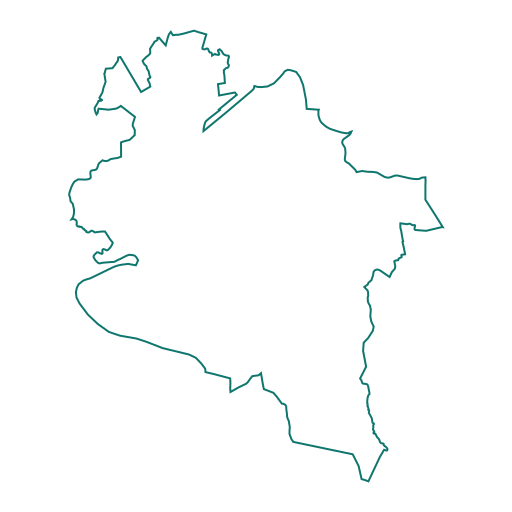 Hue, Thừa Thiên - Huế, Vietnam
{"feature_id": "81297802B88130440660417", "entity_name": "Hue", "entity_type": "district", "adm_level": 2, "iso_a3": "VNM", "parent_name": "Vietnam", "parent_adm1": "Thừa Thiên - Huế", "projection": "natural_earth1", "projection_center": [107.578, 16.453], "detail": "fine", "context": "isolated", "style": "outline", "palette": "teal", "viewbox_px": 512, "rotation_deg": 0, "n_neighbors": 0, "source": "geoboundaries", "source_scale": "gbopen_adm2", "svg_char_len": 5920}
<svg xmlns="http://www.w3.org/2000/svg" viewBox="0 0 512 512"><path d="M254.4,86.0L253.9,88.1L253.3,89.3L251.1,91.4L225.9,112.7L203.5,131.1L203.6,128.8L204.4,124.9L205.6,121.5L209.4,118.2L219.8,110.1L218.9,109.5L236.8,94.8L234.9,92.5L219.1,95.5L218.0,84.1L224.9,83.0L224.4,75.5L223.8,72.1L224.0,70.8L223.8,70.2L225.9,68.2L228.0,67.5L228.9,65.8L228.9,65.2L228.0,63.8L227.7,62.5L228.3,59.1L228.9,57.2L228.9,56.4L228.5,55.7L226.1,55.4L224.5,54.8L223.4,54.0L221.3,50.7L220.2,50.0L219.7,49.3L218.1,50.1L218.0,50.9L219.1,53.4L219.2,54.3L218.6,54.9L215.7,54.5L214.9,53.9L212.1,55.6L212.0,54.4L211.5,52.8L210.8,52.5L209.7,52.4L209.0,51.3L208.1,49.1L207.6,48.6L206.3,48.6L205.7,49.1L204.3,49.4L202.5,48.9L202.4,47.7L206.3,34.4L198.3,32.1L194.0,30.7L183.6,33.6L178.2,34.8L175.8,34.8L172.9,35.2L170.8,31.9L168.9,34.4L167.7,37.9L165.7,45.4L159.0,37.7L158.5,37.9L157.6,37.8L157.3,38.2L157.6,39.6L156.9,40.4L155.4,41.3L154.4,41.7L153.9,42.9L150.8,47.5L150.0,49.0L150.2,50.2L150.2,53.5L148.4,55.4L146.3,56.9L142.6,60.7L142.9,61.7L144.4,64.4L145.7,65.5L146.5,66.4L146.9,68.5L148.6,71.2L149.5,75.3L150.4,77.2L150.1,77.7L147.9,79.1L147.9,80.0L149.5,83.1L150.3,86.6L141.1,92.0L120.4,57.0L118.2,57.5L118.1,59.2L117.6,61.4L116.0,63.3L115.2,64.8L112.4,68.2L105.9,68.7L105.0,71.7L104.9,72.8L104.3,73.5L105.6,81.7L105.2,83.1L103.5,87.7L102.4,92.5L99.4,97.8L99.9,98.9L101.8,99.6L101.9,100.2L101.0,100.8L98.5,100.9L97.6,103.1L94.7,107.8L94.7,109.3L95.6,112.5L96.5,114.4L97.6,113.1L98.2,110.1L98.6,108.7L108.5,109.7L110.1,109.5L116.2,108.6L119.4,107.0L120.8,105.9L135.0,116.9L132.8,123.8L132.7,125.9L134.8,130.0L134.7,135.1L129.6,139.9L124.0,141.3L121.0,142.4L121.1,156.7L117.7,157.9L110.8,159.0L108.2,160.6L106.6,161.0L104.0,160.9L102.5,160.3L99.2,163.1L98.3,164.6L97.7,166.7L96.9,168.7L96.1,169.5L94.6,170.0L92.5,170.3L91.1,170.8L90.5,171.7L90.3,173.0L90.8,177.2L90.3,178.3L89.2,178.9L87.8,179.3L85.3,179.6L78.1,179.4L74.6,181.5L73.0,183.7L71.4,187.0L69.4,192.8L69.2,195.4L70.0,197.3L70.6,201.3L72.8,203.9L74.0,209.4L74.0,213.1L73.2,216.8L71.5,219.4L73.0,219.0L73.7,219.1L75.5,219.8L76.4,220.9L76.8,222.3L76.6,225.0L77.3,226.1L78.3,226.6L79.0,226.3L80.0,227.0L80.9,226.7L82.0,227.3L83.0,228.7L83.9,228.9L84.6,229.8L84.7,230.2L86.3,231.0L86.4,232.0L87.6,232.4L89.0,232.4L91.0,230.9L91.9,230.7L92.9,231.1L93.4,231.6L94.3,231.9L94.8,232.4L100.7,231.6L105.0,231.5L109.9,239.1L112.8,242.7L112.0,244.8L110.2,247.6L108.2,249.7L107.3,250.3L106.2,250.2L104.8,249.4L103.3,249.1L102.5,249.7L102.3,251.2L102.6,253.1L101.8,253.9L99.8,253.2L98.3,252.3L97.1,252.3L95.9,253.3L93.9,255.4L93.5,256.9L93.9,257.8L95.5,260.4L98.3,263.1L99.7,263.4L102.9,262.7L114.4,261.8L118.0,259.9L120.2,259.0L125.9,256.0L128.4,255.0L129.4,254.8L133.1,255.2L134.5,255.6L135.2,256.1L136.5,257.5L138.1,260.3L135.9,265.3L128.1,263.9L121.7,264.7L117.8,265.5L114.0,266.8L90.1,278.4L86.2,279.5L83.1,280.7L78.7,284.2L76.9,287.7L75.9,292.1L76.5,297.5L79.5,303.4L87.9,314.6L97.8,324.0L109.0,332.0L120.1,335.7L136.3,338.5L146.4,341.8L162.6,348.1L188.9,354.5L195.7,357.7L201.2,363.4L205.2,368.7L205.5,372.1L213.6,374.0L230.2,378.4L230.4,382.9L230.2,388.6L230.5,392.0L238.2,387.6L246.2,383.7L247.8,382.2L250.4,378.5L252.4,376.1L258.6,375.3L261.0,373.2L263.1,385.7L263.9,389.1L273.4,392.8L276.8,396.7L281.8,403.6L282.8,403.7L284.6,404.3L285.2,404.8L285.9,405.7L286.2,406.5L286.4,410.3L286.8,412.4L287.1,416.5L287.6,418.4L288.8,421.0L289.8,427.1L289.5,431.1L289.5,434.0L291.5,439.3L293.3,441.9L352.7,454.3L358.6,466.0L361.6,479.1L364.5,479.9L368.4,481.3L379.9,456.9L384.1,449.8L386.3,450.5L387.1,450.4L387.5,449.1L386.8,447.8L385.3,446.3L384.7,446.2L383.7,445.0L383.7,444.1L383.4,443.6L381.5,443.3L380.7,442.9L379.7,441.4L379.5,440.2L379.0,439.3L378.2,438.2L377.0,437.1L375.6,434.1L375.2,433.7L374.2,433.7L373.6,433.4L373.6,432.5L374.2,432.1L374.2,431.3L373.2,430.0L373.0,428.9L373.4,427.4L373.2,425.7L373.3,425.1L373.9,424.1L373.9,423.6L372.5,422.7L371.8,418.4L370.3,415.4L369.0,413.2L368.8,412.6L369.1,411.6L369.1,410.7L368.7,410.0L368.3,409.8L368.7,409.3L368.1,407.5L368.0,406.7L367.4,406.0L367.6,405.5L367.6,403.8L367.2,403.2L367.3,402.0L367.2,401.4L367.6,397.7L368.4,395.2L369.5,394.0L369.3,392.0L369.1,391.3L368.2,386.4L367.4,384.5L366.1,384.0L363.1,383.6L362.6,383.4L362.3,383.0L361.3,380.2L360.1,378.5L366.1,366.7L363.1,350.8L363.7,342.7L368.1,338.1L372.8,330.8L373.7,326.6L371.3,321.5L370.3,316.5L370.8,309.3L370.2,307.0L370.2,306.0L368.7,303.6L367.9,301.5L367.7,297.4L368.2,295.8L368.1,292.2L367.5,290.4L364.3,287.0L367.7,284.5L368.4,282.8L371.4,280.2L373.2,274.8L373.3,273.3L373.8,271.4L375.2,270.1L376.6,269.6L377.9,269.6L380.2,270.5L389.6,277.0L391.8,272.2L394.8,268.8L395.3,266.5L394.3,261.3L395.4,260.5L398.2,260.2L398.7,258.5L401.4,257.3L401.7,257.0L401.3,255.2L401.6,254.8L405.1,254.3L403.9,248.0L402.5,242.1L402.6,241.5L403.1,241.3L402.5,238.7L401.1,230.4L400.4,228.1L400.3,225.1L400.4,223.3L406.9,224.2L409.6,223.7L410.4,223.9L412.4,225.2L414.7,225.1L415.0,225.3L415.1,225.6L414.5,228.4L414.6,229.4L414.7,229.6L415.0,229.8L416.7,230.1L419.1,230.3L426.3,230.8L441.8,227.1L442.8,227.2L435.6,215.6L425.4,199.7L425.4,185.1L425.6,179.6L425.4,179.0L425.4,177.3L423.0,177.5L421.3,177.8L419.9,178.7L418.8,179.0L416.1,179.1L412.7,178.8L409.2,178.2L397.4,175.5L395.0,175.6L390.5,177.2L388.5,177.7L386.8,177.5L384.7,177.0L376.9,172.5L372.9,171.9L367.8,171.8L362.2,171.0L356.6,172.1L355.2,169.7L348.8,163.4L346.6,162.2L345.5,161.3L344.9,160.2L344.8,158.8L345.2,156.0L345.5,152.9L345.2,149.0L344.7,147.3L342.4,143.6L342.2,142.2L342.6,140.5L343.8,139.0L349.4,135.0L350.6,133.5L351.4,131.6L349.4,132.3L348.1,133.2L347.0,133.3L344.6,133.0L341.2,132.4L334.0,130.2L329.7,128.7L325.9,126.5L321.7,122.9L320.7,121.5L319.7,119.7L318.5,115.6L318.4,113.3L318.4,110.9L318.8,109.7L306.7,108.9L305.9,99.3L303.1,85.0L300.0,77.2L296.1,71.9L290.6,70.2L287.7,69.8L284.7,71.3L283.2,73.5L279.7,77.5L274.0,83.3L267.4,86.5L261.3,87.1L257.5,86.9L254.4,86.0Z" fill="none" stroke="#0f766e" stroke-width="2"/></svg>